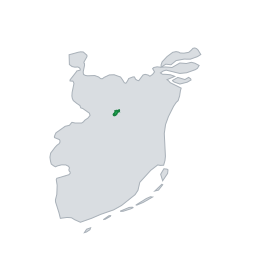 Tiel, Gelderland, Netherlands shown in context, rotated 163°
{"feature_id": "6326949B29204266624827", "entity_name": "Tiel", "entity_type": "district", "adm_level": 2, "iso_a3": "NLD", "parent_name": "Netherlands", "parent_adm1": "Gelderland", "projection": "natural_earth1", "projection_center": [5.408, 51.887], "detail": "fine", "context": "in_parent", "style": "filled", "palette": "green", "viewbox_px": 256, "rotation_deg": 163, "n_neighbors": 0, "source": "geoboundaries", "source_scale": "gbopen_adm2", "svg_char_len": 4112}
<svg xmlns="http://www.w3.org/2000/svg" viewBox="0 0 256 256"><g transform="rotate(163 128 128)"><path d="M162.9,215.3L158.1,215.1L153.5,215.0L151.1,214.7L148.6,213.8L147.4,211.9L146.0,209.6L146.4,208.2L150.6,204.2L151.2,203.1L150.8,202.5L151.2,200.7L154.5,194.7L154.9,192.3L153.4,190.7L151.3,189.7L144.5,187.9L141.2,185.4L139.7,183.2L138.2,182.6L135.9,183.4L130.3,184.2L125.7,183.0L120.2,178.9L119.0,175.2L118.3,172.4L117.0,171.4L115.1,172.8L112.8,175.1L108.2,175.4L106.9,174.9L106.7,173.6L106.5,172.4L105.2,170.9L103.9,170.1L98.1,174.3L95.9,174.3L93.2,172.7L91.9,171.1L88.9,172.0L86.2,173.9L87.1,177.6L85.6,178.3L82.3,178.0L78.6,176.4L74.5,175.5L68.2,173.0L59.4,175.0L53.3,172.6L48.2,172.3L45.1,170.4L41.7,167.0L44.1,164.8L46.5,164.1L55.8,163.7L62.5,165.0L74.6,172.2L77.7,172.2L80.9,171.2L79.3,169.3L76.3,168.3L71.7,166.4L68.2,163.7L76.6,162.8L75.5,161.4L74.4,159.0L65.5,150.6L67.0,148.3L69.3,143.5L72.1,139.5L74.4,138.4L78.0,135.5L86.0,127.1L91.1,120.3L94.9,112.2L100.5,90.0L102.1,86.2L104.8,82.0L108.1,82.8L110.4,84.0L118.6,80.9L132.6,72.6L136.7,65.5L140.7,62.2L156.8,55.8L165.7,53.9L179.3,53.4L189.2,52.3L201.1,51.8L205.7,55.8L208.3,58.7L212.5,60.3L219.1,61.4L218.8,67.2L218.9,78.5L218.4,80.5L215.5,85.3L212.5,93.9L211.7,99.6L210.8,100.7L198.2,100.6L196.5,101.6L196.2,102.8L196.9,104.3L196.6,105.7L195.6,106.9L196.1,108.8L198.3,110.9L202.3,112.2L206.5,112.4L208.7,112.1L210.3,113.7L211.9,116.0L211.8,119.0L211.2,122.9L209.3,126.6L203.5,130.8L200.9,132.3L198.5,133.1L197.3,134.2L196.8,135.6L196.9,136.9L201.1,140.3L201.0,141.1L199.8,142.8L198.2,144.5L187.6,148.0L183.2,147.7L180.7,149.4L179.9,149.8L177.1,148.2L170.9,146.3L168.6,147.0L167.3,148.0L163.4,149.2L160.6,151.1L160.6,153.5L165.6,159.9L167.3,161.1L167.4,163.5L169.8,166.5L172.3,170.2L172.6,172.6L172.3,175.0L171.0,178.4L166.7,186.3L166.7,187.9L167.1,189.0L168.5,189.4L169.7,190.0L169.3,191.0L161.3,196.6L160.3,197.5L156.9,197.3L156.4,198.2L156.8,199.7L158.1,201.0L161.0,201.7L163.5,203.1L165.5,205.8L162.9,215.3ZM78.6,176.4L77.9,178.7L76.0,181.3L69.7,184.9L63.1,187.3L59.7,187.0L57.4,185.8L56.2,184.5L52.6,183.2L47.8,182.6L44.8,183.9L42.6,185.2L40.7,185.0L39.3,183.9L38.3,182.3L36.9,177.0L40.5,176.0L48.3,175.6L54.3,177.5L62.3,178.4L68.4,175.9L73.2,178.0L78.6,176.4ZM65.6,154.9L70.2,158.3L71.2,159.3L71.5,160.5L65.6,161.8L59.4,157.7L55.2,158.7L53.7,156.7L53.7,155.5L58.0,154.5L65.6,154.9ZM110.3,74.2L105.6,78.5L102.8,77.3L102.0,76.3L103.4,73.0L110.3,67.4L110.3,74.2ZM131.0,55.2L126.7,55.7L124.7,54.8L135.2,52.4L141.9,51.7L143.1,52.0L131.0,55.2ZM159.4,50.8L150.1,51.7L147.0,51.0L146.5,50.3L149.0,49.9L156.9,49.8L159.4,50.4L159.4,50.8ZM120.8,59.9L112.1,64.3L111.4,63.6L117.0,59.7L120.8,59.9ZM197.2,43.3L192.9,43.5L194.1,41.9L198.1,40.7L200.3,40.7L197.2,43.3ZM178.4,47.6L171.8,49.7L170.2,49.3L170.6,48.7L176.4,47.4L178.4,47.6Z" fill="#d9dde1" stroke="#a8b0b8" stroke-width="1"/><path d="M131.6,146.7L131.6,146.8L131.5,147.0L131.3,147.1L131.2,147.2L131.2,147.3L131.1,147.5L131.1,147.8L131.3,147.8L131.3,147.7L131.5,147.7L131.7,147.8L131.8,147.8L132.0,147.7L132.3,147.7L132.5,147.7L132.8,147.7L133.0,147.6L133.3,147.5L133.4,147.4L133.5,147.4L133.5,147.5L133.8,147.7L134.0,147.8L134.1,148.0L134.3,148.0L134.5,148.0L134.5,147.9L134.5,148.0L134.7,147.9L134.8,147.9L134.9,148.0L135.0,148.0L135.3,148.1L135.3,147.9L135.4,147.7L135.5,147.5L135.5,147.4L135.6,147.2L135.8,147.0L135.9,146.8L136.0,146.7L136.3,146.4L136.5,146.3L136.7,146.1L136.8,146.1L137.0,146.0L137.1,145.9L137.3,145.9L137.5,145.8L137.5,145.7L137.4,145.6L137.4,145.4L137.2,145.2L137.2,144.9L137.3,144.9L137.5,144.8L137.8,144.7L138.0,144.7L137.9,144.5L137.9,144.4L137.7,144.3L137.7,144.2L137.8,144.1L137.6,143.9L137.4,143.9L137.1,143.9L136.9,143.8L136.7,143.9L136.4,143.9L136.2,143.9L136.1,144.0L135.9,144.0L135.7,144.1L135.5,144.3L135.4,144.3L135.2,144.4L135.1,144.5L134.9,144.7L134.9,144.8L134.7,144.8L134.7,145.0L134.5,145.3L134.4,145.3L134.2,145.4L134.0,145.5L133.9,145.5L133.7,145.7L133.5,145.8L133.3,145.9L133.1,146.0L132.9,146.1L132.7,146.2L132.6,146.3L132.4,146.5L132.2,146.5L131.9,146.5L131.8,146.8L131.7,146.8L131.6,146.7Z" fill="#22c55e" stroke="#15803d" stroke-width="1.5"/></g></svg>